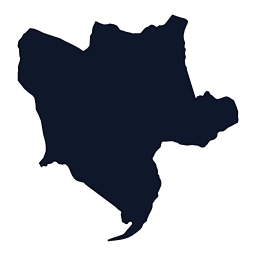 outline of Matayos, Western, Kenya
{"feature_id": "3690345B71861733049608", "entity_name": "Matayos", "entity_type": "district", "adm_level": 2, "iso_a3": "KEN", "parent_name": "Kenya", "parent_adm1": "Western", "projection": "orthographic", "projection_center": [34.181, 0.39], "detail": "fine", "context": "isolated", "style": "filled", "palette": "ink", "viewbox_px": 256, "rotation_deg": 0, "n_neighbors": 0, "source": "geoboundaries", "source_scale": "gbopen_adm2", "svg_char_len": 5395}
<svg xmlns="http://www.w3.org/2000/svg" viewBox="0 0 256 256"><path d="M237.3,122.1L237.6,120.4L237.7,119.4L237.5,118.0L237.3,116.7L237.3,115.7L237.4,114.5L237.4,112.7L237.4,111.4L236.7,109.6L236.2,108.0L235.8,106.7L235.4,105.8L235.0,104.9L234.6,103.8L234.2,102.8L233.8,101.8L233.3,100.7L232.1,100.1L230.8,99.3L229.3,98.3L228.4,97.7L227.2,97.3L225.7,97.2L224.0,97.8L222.8,98.3L221.4,98.8L218.5,99.7L216.8,99.9L215.9,99.4L214.8,98.8L214.0,98.2L213.4,97.4L212.2,96.6L211.6,95.8L210.5,95.4L209.7,94.6L209.0,93.7L208.8,92.6L207.7,91.8L206.4,92.0L205.1,93.4L204.6,94.2L204.2,95.8L202.7,96.6L201.0,96.2L199.8,96.1L198.8,96.7L197.5,97.1L197.2,98.1L196.5,98.7L195.6,99.4L195.0,98.3L186.1,69.7L186.2,68.1L185.7,67.0L184.9,66.0L184.7,65.0L184.3,64.0L184.3,63.0L184.3,61.9L184.1,60.9L184.2,59.5L185.0,57.8L185.1,56.8L184.8,55.9L184.4,54.7L184.4,53.8L184.3,52.5L184.6,51.1L185.1,49.8L184.6,48.6L183.7,47.5L183.9,46.1L183.9,44.9L184.4,43.5L184.1,42.1L183.6,40.7L183.1,39.1L183.0,37.6L182.9,36.1L183.1,33.8L183.5,32.2L183.9,30.3L184.5,28.6L185.2,26.9L185.7,25.6L186.4,24.2L187.0,22.8L187.2,21.5L186.6,20.4L185.3,19.7L183.9,19.0L182.3,18.7L180.4,18.1L176.8,17.0L172.5,15.4L169.4,19.5L166.2,23.6L165.2,24.6L164.4,25.3L162.4,26.0L160.6,26.1L159.5,26.0L158.3,26.9L156.8,27.7L155.7,27.5L154.7,26.6L153.0,25.7L151.7,25.4L150.7,25.7L149.8,26.3L148.9,27.0L147.8,27.6L146.1,28.2L144.6,29.5L143.8,30.5L141.8,33.0L140.4,33.9L139.5,34.1L137.7,34.0L135.6,34.0L133.8,34.2L131.9,34.0L129.6,33.2L128.5,33.1L126.2,32.5L125.2,32.3L124.3,31.9L122.9,31.3L121.6,31.2L120.6,30.9L119.1,29.9L118.3,28.5L117.2,27.1L116.1,25.9L114.7,25.5L113.5,24.9L111.9,24.8L110.3,24.3L109.2,24.5L108.1,24.9L106.8,25.1L105.1,25.1L104.1,25.3L103.0,25.0L101.9,24.5L100.6,24.2L99.5,23.7L98.2,23.1L97.1,22.5L96.0,22.0L95.3,23.3L94.7,24.7L94.1,25.9L93.3,27.8L93.0,29.6L92.8,31.3L92.7,32.7L92.0,34.4L90.9,36.0L90.6,37.2L90.8,39.0L90.5,40.4L90.5,41.4L90.4,43.4L90.4,44.4L90.1,46.1L89.2,47.3L88.4,48.1L87.7,49.0L86.3,50.0L85.0,50.9L83.9,51.8L81.9,51.1L79.2,49.1L76.7,47.7L73.2,45.8L67.1,42.8L64.9,41.8L61.4,39.9L59.3,38.9L57.6,38.3L56.5,37.9L55.0,37.5L53.9,37.1L50.2,35.9L46.1,34.6L43.6,33.7L42.7,33.3L40.6,32.3L38.8,31.4L37.5,30.9L36.3,30.3L34.9,29.8L33.5,29.4L31.8,29.1L30.2,28.9L29.3,29.7L28.2,31.0L27.4,31.8L26.5,32.9L25.1,33.8L23.9,34.6L22.9,36.6L22.1,37.9L21.2,39.0L19.2,41.1L18.3,45.9L18.7,47.0L19.3,47.9L19.9,48.9L19.8,50.7L20.1,55.6L20.4,56.7L20.8,57.6L20.9,58.8L20.5,60.0L20.5,61.4L19.8,62.6L18.6,67.2L18.8,68.7L18.9,70.0L18.8,71.3L18.5,73.1L18.5,80.3L22.6,85.5L24.8,88.3L28.1,91.3L29.0,92.0L33.0,94.9L35.2,97.8L36.3,104.9L36.5,109.2L39.4,115.1L41.7,120.9L42.8,127.8L43.9,134.2L45.0,138.2L46.0,142.4L46.5,146.7L46.5,151.3L44.1,158.0L39.7,163.2L40.4,164.2L40.9,165.5L41.6,166.4L42.7,165.4L44.2,165.3L45.4,165.6L46.5,165.4L46.3,164.5L47.3,163.6L48.6,163.3L50.0,163.1L51.2,162.8L52.3,161.9L53.3,161.4L54.2,160.5L55.9,161.1L57.4,161.6L58.0,162.5L58.9,163.3L60.3,163.5L61.4,163.6L62.3,164.1L63.4,163.5L64.7,163.6L65.9,163.4L66.6,164.2L67.3,165.0L68.6,166.1L69.7,168.3L70.3,169.6L71.1,171.5L71.8,173.2L72.6,174.9L73.4,176.3L74.5,177.8L75.5,178.7L76.4,179.6L77.8,180.3L79.4,180.8L80.7,181.1L82.3,181.5L84.0,181.9L85.2,183.1L86.4,184.3L103.4,197.0L115.5,206.0L116.3,206.7L117.3,207.7L118.2,208.5L119.3,209.4L120.8,210.4L122.1,211.6L121.9,213.2L121.5,214.5L121.7,215.8L122.0,217.1L122.1,218.4L122.5,219.3L122.5,220.4L122.8,221.5L124.0,222.1L125.0,222.8L126.0,223.4L127.1,223.3L128.1,222.0L129.2,221.1L130.5,220.9L132.0,221.3L132.7,222.2L133.0,223.4L132.4,224.9L130.4,227.3L129.0,228.9L127.6,230.4L126.0,232.5L124.0,234.7L121.3,235.8L118.6,236.8L116.0,237.6L112.5,238.7L107.8,240.6L117.0,239.5L121.5,238.8L124.9,237.9L127.7,237.0L130.3,235.7L131.9,234.9L133.7,233.6L134.8,232.9L135.7,232.2L136.7,231.4L137.6,230.7L138.6,229.9L139.4,229.2L140.3,228.2L141.2,227.2L141.9,225.6L142.4,224.3L142.9,223.3L144.1,222.3L145.1,221.5L146.2,220.6L146.5,219.2L146.7,218.1L147.5,216.7L148.1,214.8L148.9,213.4L149.5,212.4L150.1,211.2L150.7,209.9L151.1,208.9L151.6,207.6L151.8,206.1L151.8,204.7L152.0,203.2L152.8,201.9L153.8,200.5L154.7,199.3L155.4,198.3L156.3,197.7L157.1,196.8L157.6,195.8L157.4,194.6L157.1,193.3L157.4,191.9L158.3,190.5L158.8,189.1L159.6,187.4L160.2,186.1L160.5,185.0L160.6,183.6L160.5,182.0L160.1,180.2L159.5,179.2L158.8,177.8L158.6,176.0L157.6,174.7L157.1,173.5L157.1,172.5L157.2,171.4L157.1,170.2L156.5,168.5L155.8,166.9L155.7,165.7L155.3,164.6L154.7,163.5L153.7,162.1L152.6,160.8L152.0,159.6L151.8,158.4L152.1,157.4L152.8,156.3L153.5,155.0L154.0,153.8L154.6,152.7L155.2,151.6L156.2,150.5L156.9,149.6L157.8,148.6L158.7,148.0L159.8,147.0L160.2,145.7L160.4,144.3L160.8,143.2L161.2,141.6L163.0,140.8L165.1,140.9L166.7,140.8L168.7,140.6L170.3,140.5L171.7,140.5L172.9,140.5L174.0,140.9L175.0,141.4L176.0,141.7L177.5,142.0L178.6,142.6L179.5,143.4L180.5,143.7L181.6,144.0L183.3,144.2L184.9,144.4L186.6,144.8L188.4,144.7L189.9,144.5L191.2,144.3L192.7,144.3L194.1,144.5L195.6,144.7L196.9,144.8L198.1,145.1L199.5,145.7L200.6,146.3L201.6,146.7L202.8,146.8L203.9,146.6L205.0,145.6L206.4,144.3L207.4,143.1L208.3,141.6L209.2,140.7L210.1,139.9L211.1,139.6L212.8,139.2L214.4,138.5L215.4,137.5L216.1,136.8L216.6,135.7L216.7,134.4L216.9,133.3L217.2,132.4L218.2,131.6L219.3,131.0L220.6,130.7L222.2,130.7L223.3,130.5L224.3,129.8L225.4,128.9L226.2,128.2L228.6,126.5L230.9,125.5L232.7,124.5L235.1,123.2L237.3,122.1Z" fill="#0f172a" stroke="#020617" stroke-width="1.5"/></svg>